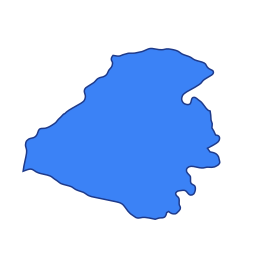 the district of Esperanza, Valverde, Dominican Republic, rotated 282°
{"feature_id": "3306468B62426802090355", "entity_name": "Esperanza", "entity_type": "district", "adm_level": 2, "iso_a3": "DOM", "parent_name": "Dominican Republic", "parent_adm1": "Valverde", "projection": "robinson", "projection_center": [-70.963, 19.618], "detail": "fine", "context": "isolated", "style": "filled", "palette": "blue", "viewbox_px": 256, "rotation_deg": 282, "n_neighbors": 0, "source": "geoboundaries", "source_scale": "gbopen_adm2", "svg_char_len": 4065}
<svg xmlns="http://www.w3.org/2000/svg" viewBox="0 0 256 256"><g transform="rotate(282 128 128)"><path d="M128.2,62.1L124.9,60.1L122.0,58.1L118.3,56.2L116.6,54.7L115.0,53.1L113.4,51.4L112.0,49.6L111.2,48.3L110.5,47.0L109.4,43.0L108.7,41.9L108.2,41.5L107.0,41.0L102.8,40.4L101.4,39.8L100.8,39.5L99.8,38.7L98.9,37.6L98.3,36.4L97.4,34.5L96.7,33.4L95.7,32.5L94.6,31.7L94.0,31.4L92.6,31.1L90.6,31.2L89.2,31.5L86.3,33.0L85.0,33.5L83.5,33.8L82.0,34.0L78.8,34.1L69.1,34.1L63.9,34.4L66.3,38.2L67.2,40.0L67.6,41.4L67.6,42.9L67.2,44.3L66.0,47.3L65.5,49.7L65.3,52.1L65.2,58.9L65.0,60.6L64.8,62.2L64.3,63.6L62.8,66.7L61.7,69.5L60.2,72.6L59.7,74.0L59.4,76.5L59.1,82.4L58.8,84.9L58.3,86.3L57.2,88.9L56.8,90.3L56.5,92.0L56.0,96.2L55.8,97.8L55.3,99.3L54.0,102.5L53.6,104.1L53.3,106.7L53.3,109.3L53.4,131.7L53.3,134.3L53.1,136.0L52.6,137.6L52.3,138.4L51.5,139.7L49.9,141.6L46.7,145.2L45.3,147.2L44.5,148.5L42.6,153.0L42.1,154.3L42.0,155.0L42.0,156.5L42.2,157.2L42.6,158.4L43.6,160.9L44.1,163.3L44.4,167.5L44.4,173.6L46.1,176.5L46.7,177.9L47.4,180.6L48.0,181.7L48.4,182.2L48.9,182.6L50.1,183.1L51.3,183.3L53.3,183.4L54.8,185.1L53.9,186.9L53.5,188.3L53.4,189.7L53.5,190.5L53.8,191.8L54.1,192.5L55.0,193.4L57.6,195.1L59.2,195.8L59.9,195.9L61.0,195.8L62.0,195.3L63.2,194.3L63.7,194.1L64.8,193.7L68.0,193.1L69.2,192.7L69.7,192.4L70.6,191.7L71.5,190.2L72.1,189.3L73.0,188.6L73.5,188.4L74.1,188.2L74.7,188.3L75.7,188.9L76.6,189.8L77.2,191.0L78.5,194.7L78.7,195.9L78.7,196.6L78.6,197.3L78.0,198.4L76.4,200.5L75.7,201.6L75.5,202.2L75.4,202.9L75.5,203.6L76.0,204.8L76.9,205.7L77.4,206.1L78.7,206.5L80.1,206.7L81.5,206.7L82.8,206.5L84.1,206.1L85.1,205.4L85.5,204.9L85.7,204.3L86.5,202.1L87.1,201.1L87.6,200.8L88.6,200.3L92.3,199.5L93.5,199.1L94.3,198.3L95.7,196.3L96.5,195.3L97.4,194.5L98.0,194.2L99.3,193.9L100.0,193.9L100.7,194.1L101.3,194.4L101.8,194.8L102.8,195.8L103.4,197.1L103.7,197.9L104.0,200.3L104.0,206.2L104.3,208.7L104.7,210.2L106.1,213.4L106.4,214.9L106.9,217.9L107.4,219.3L108.0,220.8L109.4,222.6L110.9,224.1L112.2,224.7L112.8,224.9L113.5,224.9L114.6,224.5L118.5,222.6L119.1,222.1L120.0,221.2L120.8,220.0L121.1,219.3L121.5,217.9L121.7,216.3L121.7,213.2L124.7,209.9L129.3,215.3L131.4,217.5L133.1,218.9L134.4,219.5L135.1,219.7L136.4,219.8L137.7,219.5L138.2,219.2L138.7,218.7L139.1,218.1L139.3,217.5L139.4,216.3L139.4,215.1L142.9,212.5L145.5,210.1L148.5,209.7L149.9,209.4L152.9,207.6L157.9,206.2L161.7,204.8L161.8,203.6L161.9,203.0L162.5,201.8L163.7,200.1L167.1,196.2L168.5,194.4L169.2,193.1L170.1,191.1L171.3,188.8L171.7,187.6L171.8,186.9L171.7,186.3L171.5,185.6L171.2,185.1L170.7,184.7L169.6,184.3L166.6,184.2L165.4,184.0L164.8,183.8L164.2,183.4L163.8,182.8L163.5,182.2L163.3,181.5L163.2,180.1L163.4,178.6L163.6,177.8L164.3,176.6L165.3,175.6L166.5,174.8L167.1,174.6L168.6,174.3L170.7,174.5L172.1,175.0L173.3,175.8L175.6,177.9L181.8,185.0L185.1,188.4L186.8,189.9L189.9,191.5L191.1,192.4L192.7,194.0L196.9,198.5L197.9,199.4L198.9,199.9L199.5,200.0L200.2,200.0L200.7,199.8L201.3,199.4L201.7,199.0L202.1,197.8L202.7,195.4L203.2,194.2L204.3,192.6L206.6,190.6L206.9,190.1L207.5,188.8L207.9,186.5L208.2,181.6L208.5,179.1L208.9,177.7L210.0,175.1L210.4,173.7L210.7,172.0L211.2,167.8L211.5,166.1L211.9,164.7L213.3,161.5L213.7,159.9L213.9,158.3L214.0,155.7L213.9,153.2L213.8,151.5L213.3,149.1L211.9,145.9L211.5,144.4L211.1,142.0L210.8,135.2L210.5,133.6L210.2,132.8L209.9,132.1L209.1,130.8L206.4,127.0L205.6,125.7L202.7,119.1L202.3,117.7L201.5,114.0L201.1,112.6L198.6,107.8L197.3,105.9L196.7,104.9L196.3,103.6L196.1,102.3L195.9,98.3L194.9,97.8L193.8,97.4L193.2,97.3L192.0,97.3L190.9,97.7L189.3,99.0L188.8,99.2L187.7,99.5L185.7,99.5L184.4,99.2L183.8,99.0L180.9,97.4L179.6,97.0L176.9,96.4L175.6,95.8L174.5,95.0L173.6,94.0L172.8,92.9L171.9,91.0L171.3,89.8L170.0,88.2L169.0,87.4L166.6,86.0L165.4,85.2L163.8,83.6L160.1,79.8L158.5,78.3L157.2,77.7L155.9,77.5L154.5,77.7L153.4,78.2L151.2,79.4L149.9,79.8L148.5,79.9L147.1,79.8L145.7,79.4L145.1,79.1L143.9,78.2L142.2,76.6L135.9,69.5L133.2,66.6L131.1,64.7L129.1,63.3L128.7,63.0L128.2,62.1Z" fill="#3b82f6" stroke="#1e3a8a" stroke-width="1.5"/></g></svg>